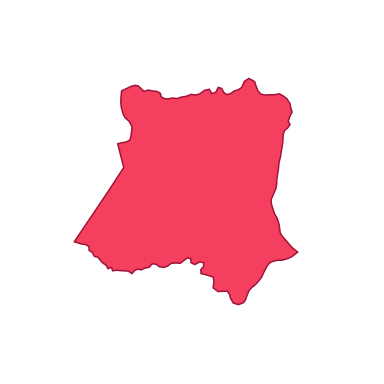 Santa Bárbara do Pará, Pará, Brazil (orthographic projection), rotated 153°
{"feature_id": "56859067B47809936972021", "entity_name": "Santa Bárbara do Pará", "entity_type": "district", "adm_level": 2, "iso_a3": "BRA", "parent_name": "Brazil", "parent_adm1": "Pará", "projection": "orthographic", "projection_center": [-48.256, -1.192], "detail": "fine", "context": "isolated", "style": "filled", "palette": "rose", "viewbox_px": 384, "rotation_deg": 153, "n_neighbors": 0, "source": "geoboundaries", "source_scale": "gbopen_adm2", "svg_char_len": 2064}
<svg xmlns="http://www.w3.org/2000/svg" viewBox="0 0 384 384"><g transform="rotate(153 192 192)"><path d="M86.1,261.9L89.7,267.4L95.1,266.8L100.3,262.6L104.1,262.1L108.8,262.8L112.7,262.2L116.4,262.8L118.4,265.7L118.6,270.9L121.2,273.3L125.6,270.0L129.7,270.7L129.9,275.7L134.8,276.9L140.8,275.9L145.1,276.9L148.4,279.4L153.4,279.8L159.1,281.6L162.7,282.0L167.3,284.9L170.8,285.7L173.8,287.5L176.2,290.5L175.4,294.4L177.7,297.7L180.9,299.7L185.0,302.9L189.1,303.4L191.7,310.9L194.3,312.9L198.0,313.8L203.0,313.9L208.9,314.0L212.7,308.0L215.0,303.6L216.6,299.5L218.0,292.6L217.9,288.3L215.9,283.7L215.8,277.5L217.6,274.4L220.8,269.9L223.6,266.6L227.6,266.4L232.8,267.9L236.3,268.7L241.7,244.8L265.9,230.9L319.5,201.1L313.9,195.7L310.6,193.5L308.6,190.1L310.2,186.7L308.3,183.3L308.2,178.9L305.4,176.6L304.8,173.0L303.7,169.1L301.7,165.7L301.7,161.8L297.8,161.4L298.6,157.9L294.5,156.4L290.4,153.8L284.8,150.5L282.6,146.6L279.1,147.9L275.7,148.1L272.6,145.7L268.2,145.5L264.3,144.4L260.1,146.1L256.9,144.0L255.0,140.2L251.0,137.5L247.3,137.0L243.0,137.9L238.8,136.2L234.8,133.8L230.4,134.6L225.8,135.5L223.4,132.8L225.0,129.6L222.5,126.1L216.5,126.1L213.8,123.7L215.4,120.5L219.5,118.7L221.0,115.1L218.0,112.7L214.5,109.4L211.9,106.6L212.8,102.7L216.7,97.0L214.0,91.5L205.6,87.7L205.0,83.7L206.0,79.9L205.6,74.2L201.6,70.5L196.1,70.0L193.0,71.8L189.7,75.1L185.8,78.3L182.7,79.6L177.5,80.7L173.0,82.4L168.5,84.6L165.3,87.2L158.3,92.2L154.9,93.6L151.2,93.5L146.5,92.2L143.2,90.5L139.7,89.7L135.3,89.0L131.4,89.2L125.1,90.5L127.8,96.5L128.9,100.1L129.7,104.0L131.7,111.8L131.9,115.5L130.6,119.4L129.3,122.9L128.4,127.0L128.0,130.9L128.4,134.9L127.3,142.1L126.3,146.6L124.6,149.6L118.6,154.6L115.3,157.4L113.0,160.5L111.2,163.9L108.2,168.3L105.1,172.4L101.1,178.7L96.7,183.8L94.5,187.0L88.8,194.6L86.8,198.1L84.5,202.0L81.4,204.8L77.5,205.7L74.1,207.5L74.1,211.3L70.2,215.2L66.5,217.8L65.8,222.2L64.5,226.1L65.2,232.3L67.3,236.5L69.5,239.8L73.9,241.1L83.7,245.7L86.3,248.3L87.3,252.5L86.8,257.6L86.1,261.9Z" fill="#f43f5e" stroke="#9f1239" stroke-width="1.5"/></g></svg>